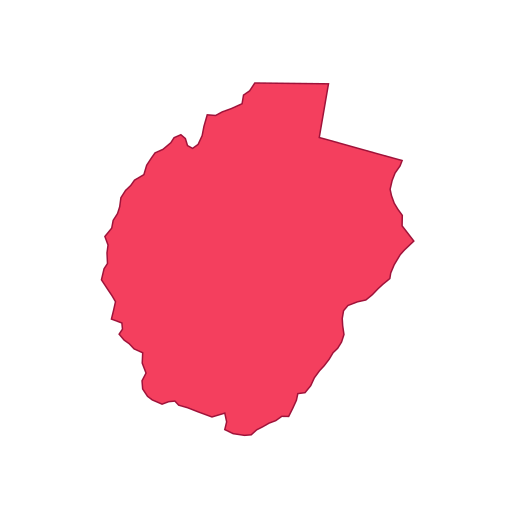 outline of Ipaussu, São Paulo, Brazil, rotated 50°
{"feature_id": "56859067B23580157718081", "entity_name": "Ipaussu", "entity_type": "district", "adm_level": 2, "iso_a3": "BRA", "parent_name": "Brazil", "parent_adm1": "São Paulo", "projection": "mercator", "projection_center": [-49.603, -23.063], "detail": "fine", "context": "isolated", "style": "filled", "palette": "rose", "viewbox_px": 512, "rotation_deg": 50, "n_neighbors": 0, "source": "geoboundaries", "source_scale": "gbopen_adm2", "svg_char_len": 1557}
<svg xmlns="http://www.w3.org/2000/svg" viewBox="0 0 512 512"><g transform="rotate(50 256 256)"><path d="M346.0,125.5L326.8,124.7L318.9,117.8L311.5,117.3L304.4,116.2L296.8,113.4L291.1,110.4L285.6,103.1L281.8,96.1L279.6,87.8L276.8,82.7L256.1,97.0L210.6,128.1L205.9,131.4L170.7,89.8L122.7,145.7L125.4,154.7L124.7,162.1L130.4,168.8L127.1,180.5L123.9,189.2L122.4,196.6L116.5,202.6L123.2,212.5L129.2,219.9L133.3,228.6L132.8,235.4L127.4,237.5L120.6,234.6L114.8,235.6L112.7,242.7L114.5,248.5L114.5,258.7L112.1,267.0L113.6,272.8L116.2,281.4L121.6,289.6L119.8,300.3L121.5,306.7L121.9,313.7L124.5,322.0L130.7,328.8L134.5,334.8L136.9,342.5L141.9,348.6L143.9,359.2L152.5,362.3L157.8,368.1L166.3,374.6L168.1,380.6L174.9,389.7L187.8,391.2L193.7,391.8L200.7,393.0L205.9,399.8L211.4,407.3L221.1,401.8L226.2,405.3L227.9,411.1L235.6,411.1L241.7,409.5L248.8,409.1L257.3,405.0L264.9,412.0L275.0,415.5L278.3,423.5L285.0,428.3L293.8,429.3L299.5,428.0L309.1,423.2L311.5,416.5L315.0,411.4L320.6,411.1L328.3,405.9L337.7,400.8L351.0,393.2L356.3,380.9L364.2,385.1L368.9,391.5L377.4,387.7L386.0,380.1L389.9,374.6L389.6,367.2L391.1,360.8L392.4,353.5L394.8,346.7L395.4,339.3L399.9,334.1L396.3,325.8L392.5,317.8L388.3,312.4L392.2,306.3L390.5,297.4L386.8,289.6L384.7,281.0L383.9,274.4L382.1,266.3L379.6,259.1L379.2,252.8L376.9,245.8L372.7,239.1L365.1,234.4L359.3,230.1L354.2,224.1L353.0,217.4L356.3,207.8L360.3,200.1L360.4,191.7L359.5,183.5L359.2,177.1L359.3,168.0L355.6,163.7L351.5,155.7L347.7,144.7L346.8,138.4L346.0,125.5Z" fill="#f43f5e" stroke="#9f1239" stroke-width="1.5"/></g></svg>